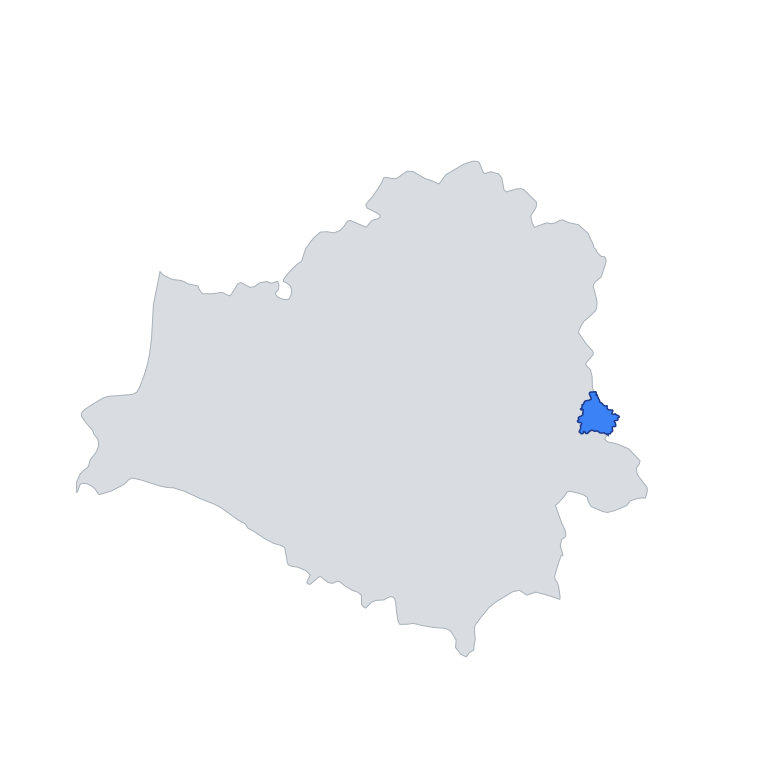 Mstsislaw, Mogilev, Belarus (highlighted), rotated 16°
{"feature_id": "67162791B4778855273895", "entity_name": "Mstsislaw", "entity_type": "district", "adm_level": 2, "iso_a3": "BLR", "parent_name": "Belarus", "parent_adm1": "Mogilev", "projection": "albers", "projection_center": [31.478, 54.024], "detail": "fine", "context": "in_parent", "style": "filled", "palette": "blue", "viewbox_px": 768, "rotation_deg": 16, "n_neighbors": 0, "source": "geoboundaries", "source_scale": "gbopen_adm2", "svg_char_len": 7288}
<svg xmlns="http://www.w3.org/2000/svg" viewBox="0 0 768 768"><g transform="rotate(16 384 384)"><path d="M612.3,542.6L600.9,542.0L587.3,542.2L579.6,547.6L571.3,545.0L565.3,547.9L551.7,562.5L546.3,570.3L541.1,582.5L537.9,591.4L539.5,597.8L542.0,603.7L542.5,610.0L543.7,615.0L540.2,618.5L538.2,623.7L532.4,622.7L525.4,617.6L524.0,610.4L518.7,605.3L515.2,602.6L509.3,602.1L499.8,604.2L487.5,605.7L478.1,606.0L473.0,608.4L465.4,610.7L462.6,607.6L458.7,599.3L455.6,591.1L453.4,587.4L451.4,586.4L448.9,586.5L445.9,589.0L443.6,591.5L435.8,594.3L432.2,597.1L428.2,604.4L425.7,603.8L423.2,602.0L420.6,593.5L416.6,591.4L410.1,591.0L402.1,588.9L395.7,586.1L393.3,586.5L389.3,589.9L385.0,590.2L376.0,586.6L374.1,588.0L368.3,596.9L365.8,597.2L364.4,596.0L365.7,588.0L360.5,584.9L351.5,583.9L345.1,584.7L342.0,584.2L340.5,582.6L333.6,568.6L329.5,567.5L322.2,567.7L311.5,565.4L299.3,561.5L292.5,559.9L289.2,556.7L281.6,555.1L261.5,547.8L253.3,546.2L241.0,545.1L222.3,542.2L210.2,541.8L204.5,543.2L198.0,543.8L175.6,543.2L167.4,543.9L164.9,546.5L161.6,552.4L151.3,562.1L141.6,568.3L139.9,568.7L135.1,564.4L130.9,562.6L125.8,561.7L122.1,562.5L119.6,564.0L119.0,572.3L118.4,572.9L115.5,562.7L116.8,553.9L119.6,549.1L122.7,544.9L122.4,537.9L126.0,529.2L126.8,522.7L126.0,519.7L124.3,516.2L118.9,512.0L116.7,508.9L109.3,504.2L102.2,498.6L101.2,495.6L101.8,493.7L103.5,490.8L110.4,482.8L117.7,475.0L122.1,472.0L144.8,463.5L148.6,460.1L150.1,453.7L151.1,440.6L151.1,428.6L150.4,420.2L148.0,404.4L140.5,371.4L137.7,337.7L141.7,340.1L151.6,341.9L159.7,340.5L163.9,340.7L167.5,341.8L178.1,341.0L180.4,344.2L184.7,347.3L194.3,344.5L202.9,340.6L211.2,341.9L212.6,339.8L215.8,328.2L218.5,325.9L228.5,328.0L232.4,326.3L236.8,320.8L243.0,317.8L247.9,318.2L253.4,314.6L255.7,317.5L256.5,322.5L254.5,326.2L255.1,327.8L258.5,330.0L264.6,330.4L268.7,329.2L269.7,327.0L270.1,323.0L269.4,319.2L267.1,315.7L262.4,313.7L259.0,313.3L258.6,311.2L260.1,306.9L263.8,299.1L268.0,292.1L270.5,289.5L271.1,287.0L271.0,282.5L271.6,274.6L275.8,263.6L280.8,255.6L286.9,253.4L294.2,252.5L299.1,248.8L301.7,244.4L304.1,237.4L306.5,236.1L323.7,238.2L326.8,231.2L328.4,229.3L331.8,227.4L334.3,225.0L333.6,222.9L329.3,221.4L319.1,219.5L317.1,217.0L318.0,214.2L321.3,207.0L324.5,197.6L326.4,190.3L326.8,186.0L328.4,184.9L336.8,184.0L339.7,182.7L347.5,173.1L353.0,171.8L366.9,175.2L373.4,175.4L381.5,176.5L382.2,175.6L385.7,165.8L400.3,150.5L408.0,145.3L412.7,144.3L414.3,144.7L421.3,153.5L423.1,153.9L428.2,150.5L436.7,150.6L440.6,153.7L445.8,164.3L448.7,165.6L457.2,160.2L461.9,158.4L464.9,158.6L480.3,167.1L481.4,169.7L481.4,172.7L478.7,182.1L481.8,188.0L485.5,192.0L493.8,185.7L496.8,184.0L500.1,184.0L504.5,181.7L507.8,178.2L510.8,177.0L516.6,178.0L527.1,177.3L539.2,183.2L540.2,185.0L546.2,191.7L548.3,195.1L550.3,196.1L553.5,199.4L557.9,201.5L560.9,200.9L562.4,202.0L563.7,204.6L563.8,208.9L563.2,221.4L558.7,227.9L558.1,230.2L558.3,232.9L561.8,238.3L566.3,246.7L567.3,251.6L567.2,255.2L561.0,265.9L558.9,268.4L557.4,273.6L556.6,279.0L557.0,281.2L567.4,289.8L575.1,294.4L576.8,296.7L576.9,298.1L572.8,307.2L572.3,309.7L578.6,313.5L582.0,319.5L585.0,329.2L590.9,338.6L613.1,352.2L615.1,354.6L615.8,357.5L615.1,364.0L611.1,376.1L614.9,377.9L624.8,377.4L636.8,378.8L651.3,387.2L651.4,391.1L649.9,394.6L651.0,398.3L652.6,401.4L665.3,410.8L666.5,413.6L666.8,418.3L666.5,421.7L663.0,422.5L659.2,424.2L652.9,428.4L650.5,434.2L640.3,442.4L634.0,446.0L629.0,446.3L616.9,444.7L612.7,440.8L610.9,437.1L606.3,435.5L600.1,435.4L591.7,436.0L589.9,437.1L588.5,441.6L584.9,449.2L582.3,453.5L593.1,468.6L598.5,474.8L600.3,478.6L600.2,481.3L597.6,484.5L598.0,490.9L603.3,499.3L601.5,500.6L601.0,511.0L601.1,522.1L602.5,524.8L605.4,527.0L607.9,531.0L612.0,540.2L612.3,542.6Z" fill="#d9dde1" stroke="#a8b0b8" stroke-width="1"/><path d="M613.5,371.4L613.2,370.8L613.1,370.1L615.0,369.7L615.4,368.9L615.4,368.1L615.7,367.5L616.4,367.0L616.7,366.3L616.5,365.5L616.3,364.8L615.8,364.0L615.5,363.2L615.3,362.4L616.1,361.7L617.7,361.3L618.3,360.9L618.2,360.0L618.0,359.5L617.8,358.9L617.4,358.2L616.9,357.6L616.3,357.1L615.6,356.7L615.6,356.4L615.9,355.7L616.5,355.4L617.5,355.0L618.3,354.6L618.7,354.0L618.6,353.4L618.2,352.9L618.0,352.5L618.0,352.0L618.6,351.6L619.2,351.2L619.3,350.8L618.5,350.1L617.7,349.7L616.7,349.7L615.7,349.6L615.0,349.1L614.4,348.9L614.1,349.4L613.2,349.8L612.8,349.8L612.0,350.0L611.3,349.8L611.2,348.7L611.3,347.6L611.4,346.7L610.9,346.1L609.5,346.5L608.6,346.5L607.7,346.7L606.8,346.8L605.9,346.6L605.2,345.8L604.7,344.6L604.6,343.6L604.0,343.7L602.7,344.1L601.5,344.1L600.5,343.7L599.3,342.6L598.2,342.2L597.4,342.2L596.4,341.9L596.2,341.3L595.8,340.5L595.3,339.9L594.2,338.9L593.3,337.9L593.1,337.5L592.2,336.6L592.2,335.9L591.5,335.7L590.8,336.0L590.7,335.3L590.6,334.3L590.4,333.8L589.7,333.1L589.0,333.3L588.1,333.8L587.2,333.8L586.7,334.3L586.1,334.5L585.7,334.5L584.6,334.9L584.5,335.2L584.3,335.4L584.1,335.7L584.0,336.3L584.1,336.8L584.4,337.3L584.7,337.7L585.0,338.1L585.5,338.6L586.0,339.2L586.4,339.9L586.7,340.3L587.0,340.6L587.3,341.0L587.3,341.6L587.1,341.9L586.8,342.1L586.6,342.3L586.2,342.6L585.7,343.0L585.1,343.3L584.7,343.5L584.2,343.8L583.6,344.1L583.0,344.4L582.3,344.8L581.8,345.2L581.6,345.9L581.5,346.5L581.4,347.0L581.4,347.7L581.2,348.7L580.7,349.0L580.3,349.2L580.1,349.5L580.2,349.9L580.4,350.4L580.5,350.9L580.6,351.5L580.7,352.3L580.6,352.8L580.6,353.1L580.2,353.4L579.8,353.8L580.0,354.3L580.6,354.5L581.1,354.4L581.3,354.2L581.7,353.6L582.0,353.6L582.4,353.8L582.6,354.3L582.6,354.7L582.8,355.2L583.1,355.6L583.1,356.3L583.0,356.8L583.0,357.3L583.3,357.7L583.6,358.1L583.6,358.6L583.4,359.0L583.1,359.4L582.9,359.7L582.5,360.1L582.3,360.5L582.1,360.8L581.7,361.1L581.4,361.2L580.9,361.5L580.6,361.9L580.5,362.2L580.3,362.6L580.1,363.1L580.4,363.8L580.7,364.0L581.1,364.2L581.2,364.5L581.0,364.9L580.7,365.4L580.2,365.8L580.2,366.2L580.3,366.6L580.8,367.1L581.6,367.3L582.1,367.2L582.6,367.2L583.1,366.9L583.3,366.9L583.8,366.9L584.1,367.1L584.4,367.2L584.8,367.4L585.0,367.7L585.0,368.1L585.0,368.4L584.8,368.9L584.6,369.1L584.3,369.3L584.2,369.6L584.3,369.9L584.5,370.2L584.7,370.7L584.9,371.3L585.1,371.9L585.3,372.5L585.3,373.1L585.2,373.6L585.0,374.2L584.8,374.7L584.9,375.5L584.8,376.2L585.0,376.2L585.3,376.4L585.8,376.7L586.2,376.8L586.5,377.1L586.9,377.3L587.1,377.4L587.3,377.5L587.6,377.4L587.9,377.3L588.3,377.1L588.7,376.8L589.1,376.3L589.2,375.8L589.0,375.3L588.9,374.9L589.1,374.5L589.6,374.4L590.0,374.6L590.4,374.9L590.8,375.2L591.1,375.5L591.6,375.8L592.0,375.9L592.5,375.8L592.9,375.6L593.3,375.1L593.3,374.7L593.7,374.4L594.1,374.3L594.2,373.9L594.1,373.4L594.1,373.0L594.3,372.7L594.7,372.5L595.1,372.4L595.4,372.2L595.6,371.8L595.7,371.5L595.8,371.3L596.0,371.2L596.4,371.2L596.6,371.3L596.8,371.3L597.3,371.1L597.7,370.9L598.0,370.9L598.6,371.2L598.9,371.4L599.3,371.4L599.7,371.3L600.0,371.1L600.4,371.0L600.8,370.9L601.1,370.8L601.4,370.6L601.8,370.4L602.3,370.5L602.7,370.6L603.2,370.7L603.7,370.9L604.0,371.1L604.5,371.3L604.9,371.4L605.3,371.4L605.7,371.4L606.3,371.3L607.0,371.1L607.4,370.9L607.9,370.7L608.1,370.6L608.4,370.4L608.7,370.2L609.1,370.2L609.5,370.3L609.7,370.5L609.9,370.7L610.1,370.8L610.3,370.8L610.6,370.7L610.8,370.7L611.1,370.7L611.4,370.7L611.7,370.8L612.1,371.0L612.6,371.1L613.5,371.4Z" fill="#3b82f6" stroke="#1e3a8a" stroke-width="1.5"/></g></svg>